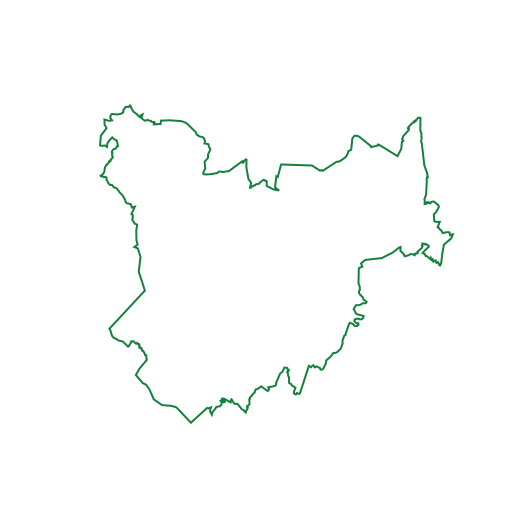 Taxco de Alarcón, Guerrero, Mexico (Mercator projection), rotated 16°
{"feature_id": "50627088B64619334383932", "entity_name": "Taxco de Alarcón", "entity_type": "district", "adm_level": 2, "iso_a3": "MEX", "parent_name": "Mexico", "parent_adm1": "Guerrero", "projection": "mercator", "projection_center": [-99.586, 18.522], "detail": "fine", "context": "isolated", "style": "outline", "palette": "green", "viewbox_px": 512, "rotation_deg": 16, "n_neighbors": 0, "source": "geoboundaries", "source_scale": "gbopen_adm2", "svg_char_len": 6086}
<svg xmlns="http://www.w3.org/2000/svg" viewBox="0 0 512 512"><g transform="rotate(16 256 256)"><path d="M206.8,425.2L216.5,423.3L221.3,423.5L239.4,434.2L250.9,415.5L252.1,415.7L254.4,414.0L254.3,415.4L254.7,418.1L257.3,420.7L257.2,418.0L258.9,414.5L259.5,412.0L262.7,410.4L263.6,408.8L263.6,406.5L262.1,405.1L263.4,404.8L265.3,405.5L266.1,405.0L266.1,404.5L265.3,403.9L262.9,403.4L262.4,403.0L263.1,402.1L265.0,402.0L271.6,403.8L272.0,403.7L271.5,401.6L272.0,400.6L276.0,404.0L278.9,403.2L284.6,407.2L286.9,407.7L288.1,408.8L289.3,409.2L289.0,407.6L289.8,405.9L289.9,404.3L289.3,404.2L288.8,402.8L289.7,402.3L290.6,400.0L289.0,395.6L289.5,395.1L289.1,393.8L290.6,391.1L290.9,389.6L292.3,387.8L292.2,385.7L292.6,384.3L294.1,383.5L296.9,379.9L304.5,382.6L305.4,380.4L303.9,378.9L310.3,375.5L310.6,374.0L310.3,372.4L311.6,362.3L313.3,360.0L314.1,355.3L316.9,355.0L317.7,356.1L318.7,356.5L318.1,356.9L318.8,357.6L318.1,358.4L318.0,359.2L318.8,359.6L319.9,362.2L321.0,363.1L322.9,369.0L325.2,369.6L326.0,370.5L330.2,371.7L329.9,375.9L330.2,377.5L332.0,378.2L332.6,377.9L333.1,376.4L334.9,376.8L335.6,376.6L336.1,376.0L337.1,347.0L339.6,347.8L340.0,346.7L341.2,345.2L343.2,346.9L344.6,345.4L348.2,346.1L349.3,347.4L350.3,347.3L351.2,346.5L351.9,345.3L352.1,343.1L352.8,341.3L352.3,337.0L355.9,331.4L356.9,328.1L359.0,327.3L360.4,326.1L361.4,324.8L362.0,323.2L362.5,322.8L363.1,321.0L363.4,316.0L362.6,314.3L362.5,312.9L362.8,308.2L363.9,307.0L363.6,305.5L364.2,295.5L364.6,294.3L368.5,294.7L369.1,295.6L369.9,295.9L371.1,296.0L372.3,295.5L373.4,294.1L373.3,293.1L372.6,292.4L371.5,293.0L370.0,292.4L368.3,291.1L368.3,290.2L368.9,289.3L370.7,288.3L372.3,288.0L373.1,288.3L374.8,287.8L376.2,286.2L375.9,284.0L368.5,284.1L364.5,280.2L365.6,275.8L369.2,274.6L371.8,271.9L373.8,271.5L375.1,270.2L375.0,269.7L373.5,268.9L371.5,268.4L370.1,266.3L366.7,264.5L365.1,263.0L364.7,261.2L365.2,259.9L364.0,256.6L362.0,253.8L358.7,241.3L358.3,239.2L361.1,237.0L359.0,234.1L362.2,229.6L377.4,223.4L386.2,215.3L391.2,208.5L392.5,207.5L393.4,211.3L397.0,213.1L399.0,215.3L402.6,213.1L403.9,211.6L406.5,211.1L408.3,211.6L408.5,210.6L408.2,210.0L410.6,209.0L410.1,207.7L410.5,207.6L410.7,206.3L413.1,202.8L412.9,202.1L413.5,200.7L412.6,200.2L412.6,198.0L415.5,198.3L415.7,197.6L418.8,198.4L419.6,199.4L416.8,204.0L415.4,207.3L417.7,207.6L419.1,209.2L419.8,208.9L424.3,210.9L424.5,209.6L425.2,210.7L426.6,210.2L426.9,210.9L426.2,211.6L428.0,212.4L427.9,211.7L430.0,210.8L430.3,211.7L431.6,212.9L432.5,211.7L434.4,213.4L434.5,214.1L435.5,214.4L436.0,211.9L434.5,202.9L433.5,193.2L438.7,185.5L439.3,181.0L436.9,182.5L436.7,181.5L436.2,181.5L435.4,179.9L432.8,180.5L429.2,182.5L426.8,180.1L425.2,179.7L423.7,178.4L422.7,178.3L423.2,172.5L420.0,173.5L418.2,173.6L417.7,173.2L415.4,166.9L416.9,164.5L418.3,158.4L417.0,156.6L415.8,156.5L415.3,155.9L411.9,154.6L409.6,155.6L409.1,157.2L408.6,157.4L407.0,156.7L406.3,156.9L406.5,157.8L405.9,158.3L405.6,157.5L405.2,157.5L404.7,159.0L403.8,159.6L403.0,156.5L402.2,155.1L402.6,150.4L399.5,136.7L398.9,135.4L398.6,133.4L399.5,133.1L397.3,128.6L392.9,122.6L384.3,102.0L383.2,100.5L382.5,96.0L381.8,95.2L381.5,92.9L379.3,89.9L376.0,77.9L375.5,77.8L373.6,78.6L373.2,80.0L372.5,80.7L372.8,81.3L372.3,82.4L371.7,82.0L370.8,82.7L371.1,84.1L369.9,84.6L367.0,90.0L367.7,91.0L366.9,91.4L368.2,92.7L364.4,100.4L364.6,102.8L364.2,103.3L365.8,104.7L364.8,106.0L366.1,113.1L364.5,121.0L343.4,115.1L342.5,115.3L342.7,116.2L336.6,119.6L336.1,118.7L322.6,113.0L320.6,112.6L317.6,113.2L316.2,116.3L318.2,127.6L315.8,130.0L316.0,131.5L315.1,136.0L310.4,141.9L307.3,143.4L296.7,155.7L295.6,155.3L294.1,156.3L284.8,153.6L254.9,161.1L255.1,174.0L253.6,173.7L255.4,184.8L260.2,186.7L254.6,187.2L246.9,185.7L245.7,181.2L244.8,180.9L244.3,181.2L242.5,180.5L239.6,184.0L239.1,185.6L236.3,187.0L235.5,188.4L234.8,188.5L234.4,189.4L232.8,190.3L232.5,191.5L231.4,192.0L231.2,187.1L227.6,184.2L222.4,173.7L220.3,166.0L219.5,165.9L218.3,167.9L218.2,169.6L217.8,170.0L216.6,168.8L206.6,181.8L201.1,184.4L197.3,184.8L195.9,186.9L191.3,189.2L186.0,191.3L183.1,191.8L182.6,191.5L182.3,190.1L183.1,185.9L180.6,179.5L182.8,175.1L181.9,171.3L182.8,166.5L182.4,165.5L180.7,164.1L179.4,161.6L175.5,162.0L175.3,159.5L173.2,156.8L171.1,156.5L168.0,156.6L167.0,155.9L166.1,155.9L165.1,155.2L164.2,153.7L152.7,147.5L149.3,147.0L146.7,147.0L135.8,149.3L127.4,152.0L127.9,155.4L121.4,157.7L121.2,157.1L121.9,155.8L121.3,155.2L118.8,155.8L117.8,155.0L116.2,155.4L114.1,155.0L113.2,156.0L111.8,156.6L108.3,155.2L107.9,154.8L107.7,153.8L107.9,151.2L106.4,152.6L106.2,154.5L105.2,154.2L101.8,152.3L98.1,150.9L94.9,147.7L94.1,146.3L93.4,146.0L92.5,147.9L89.7,148.4L88.2,152.7L88.7,153.5L88.6,155.0L86.3,156.9L83.6,158.2L78.3,159.2L77.5,161.4L77.8,163.4L80.2,165.3L77.3,166.6L72.7,166.6L74.2,171.4L77.1,174.3L73.7,183.1L75.6,192.7L76.7,192.8L80.6,191.4L82.7,192.2L82.1,188.7L82.9,185.9L85.1,181.6L87.8,183.0L90.0,183.2L91.7,185.6L92.9,188.4L92.1,188.8L91.7,191.1L89.5,192.8L88.9,194.2L88.7,195.8L89.7,196.6L89.4,198.1L91.2,200.6L89.6,204.1L90.0,204.8L88.7,205.5L88.9,206.7L87.2,209.4L87.4,209.9L86.8,210.4L86.4,212.9L86.9,216.3L86.8,218.1L85.6,220.7L84.5,221.8L85.1,222.2L86.8,221.8L87.9,222.1L89.2,221.6L90.5,221.7L91.4,223.9L94.2,226.9L96.2,227.9L98.0,227.4L100.5,229.3L102.4,229.1L103.9,229.7L107.5,232.5L110.9,234.4L114.7,238.1L115.8,240.0L117.0,240.9L121.3,240.7L123.4,243.6L125.9,242.0L124.7,250.0L126.0,250.3L126.9,252.5L127.0,255.2L130.4,258.3L133.1,258.6L133.9,264.6L136.7,273.7L139.0,277.6L136.6,280.9L140.2,281.2L145.2,288.7L147.6,303.3L158.7,319.9L135.1,366.4L136.4,367.4L139.5,372.3L141.8,373.9L144.6,374.2L146.9,375.1L151.6,374.9L158.0,378.4L158.8,377.7L158.8,376.6L159.7,373.8L159.5,372.5L160.4,372.5L161.2,371.8L162.2,371.9L164.4,373.3L165.3,373.2L165.7,372.3L166.9,373.1L167.9,372.9L168.5,373.8L168.2,374.4L169.0,375.9L169.4,375.4L170.4,376.5L171.1,376.1L171.7,377.0L172.4,377.3L172.7,378.5L173.9,378.5L176.0,380.6L176.7,381.8L178.0,381.8L178.4,383.6L179.7,385.8L175.1,396.2L173.3,403.5L182.2,409.4L185.8,410.0L190.4,413.7L197.3,422.0L206.8,425.2Z" fill="none" stroke="#15803d" stroke-width="2"/></g></svg>